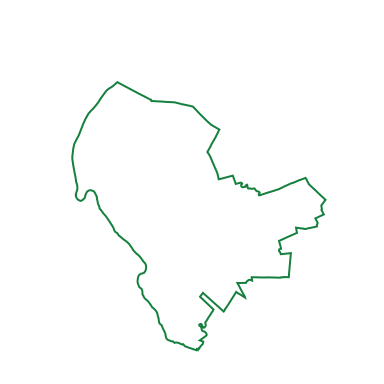 Pecica, Arad, Romania (Robinson projection), rotated 55°
{"feature_id": "2599482B59878400155877", "entity_name": "Pecica", "entity_type": "district", "adm_level": 2, "iso_a3": "ROU", "parent_name": "Romania", "parent_adm1": "Arad", "projection": "robinson", "projection_center": [21.086, 46.219], "detail": "fine", "context": "isolated", "style": "outline", "palette": "green", "viewbox_px": 384, "rotation_deg": 55, "n_neighbors": 0, "source": "geoboundaries", "source_scale": "gbopen_adm2", "svg_char_len": 6015}
<svg xmlns="http://www.w3.org/2000/svg" viewBox="0 0 384 384"><g transform="rotate(55 192 192)"><path d="M221.2,271.7L223.5,271.3L225.1,271.6L227.1,272.5L229.0,274.2L230.1,275.8L230.7,277.9L229.6,281.1L229.7,282.9L230.3,284.3L231.9,286.1L234.0,287.9L235.8,288.8L239.5,289.7L240.5,289.5L241.6,289.1L242.9,288.9L243.9,289.2L245.4,289.9L247.4,291.3L249.1,291.3L250.4,291.7L251.9,291.7L252.5,291.6L256.3,290.7L259.2,290.6L261.1,290.6L264.1,290.7L265.1,290.2L268.5,289.7L271.1,289.9L272.2,290.3L274.6,291.4L275.4,291.5L276.2,291.8L276.9,292.2L278.6,293.1L280.5,293.9L282.0,293.8L283.9,293.3L286.3,293.9L287.9,294.3L289.9,294.5L292.0,294.9L293.1,295.2L294.1,295.8L296.1,296.7L297.6,296.9L298.8,296.8L301.0,295.5L302.9,294.2L303.5,293.2L305.5,292.9L306.2,291.2L308.1,289.4L310.2,288.3L311.8,287.0L310.7,286.7L314.3,286.2L316.9,284.5L324.2,279.1L323.5,278.3L324.8,277.8L323.8,276.4L324.4,275.9L323.9,275.3L323.8,274.5L323.3,273.7L322.7,270.4L321.0,268.6L318.0,270.7L317.9,263.1L317.6,262.1L317.5,261.9L317.0,261.7L316.3,261.5L315.5,261.4L314.9,261.5L313.9,261.6L313.6,261.8L312.2,262.9L311.8,263.1L311.5,263.2L311.1,263.2L310.7,263.1L309.5,262.6L309.3,262.3L309.1,262.2L307.8,262.1L307.2,262.1L306.4,262.3L305.7,262.7L304.9,262.2L304.8,261.8L304.8,260.9L305.3,260.2L305.8,260.1L306.3,260.2L307.4,260.3L308.5,260.5L309.5,260.4L309.6,260.2L309.9,260.1L310.1,259.6L310.0,259.3L310.0,258.9L309.6,257.9L309.4,257.5L307.9,256.5L307.6,256.5L307.0,256.3L306.7,256.1L306.4,255.6L305.9,254.5L305.9,254.1L305.1,252.4L304.8,251.8L303.4,248.3L303.4,248.1L302.8,246.7L302.5,246.4L301.7,244.1L301.7,243.7L301.4,243.5L301.2,243.0L300.5,241.8L282.4,245.5L280.9,240.9L308.1,234.6L307.7,233.4L307.5,233.0L307.0,232.4L306.2,230.0L305.0,226.8L300.9,217.1L299.2,213.1L301.2,212.5L302.2,211.9L304.3,211.0L309.0,209.1L308.1,208.8L299.2,207.8L295.6,207.3L292.6,207.0L293.6,205.6L296.2,201.6L297.4,200.0L296.7,198.6L296.6,197.2L296.6,196.0L297.3,194.7L299.1,193.6L296.1,192.0L297.8,189.5L299.1,187.8L301.2,185.0L305.0,179.7L305.0,179.4L313.0,168.6L312.9,168.1L313.8,166.8L314.0,166.5L314.0,166.0L315.0,164.8L315.0,164.7L317.3,161.6L315.1,159.8L312.0,157.2L301.9,148.7L298.8,146.1L296.6,150.0L295.2,152.6L293.9,154.9L291.6,154.3L290.3,154.6L289.9,154.4L289.0,153.3L289.6,151.6L287.7,150.8L282.0,148.8L283.7,139.5L285.0,133.0L285.7,129.5L280.9,127.2L286.0,121.8L285.9,121.7L287.4,120.4L287.6,119.6L290.9,111.9L291.9,109.3L291.1,108.9L290.4,108.3L289.3,106.7L284.4,106.1L286.0,96.9L281.1,96.3L281.1,95.8L278.4,94.4L277.2,93.8L276.3,91.0L276.1,90.5L275.0,87.1L272.2,87.7L270.5,88.1L268.6,88.5L266.6,88.9L264.7,89.3L262.4,89.7L258.4,90.6L254.5,91.4L253.4,91.6L252.6,91.8L251.0,91.5L249.1,91.3L247.4,91.0L245.6,90.9L245.5,91.3L245.2,92.6L244.8,93.9L243.4,99.2L243.3,100.1L242.8,102.5L242.6,103.4L242.4,104.2L242.3,104.7L242.2,104.9L241.9,105.2L241.3,108.5L240.7,111.7L240.3,113.7L240.1,115.7L239.7,117.7L239.4,119.7L239.2,120.2L237.4,126.0L236.8,127.9L236.7,128.4L236.4,128.8L233.5,138.6L233.2,138.9L232.6,138.8L232.3,138.7L232.1,138.6L232.0,138.4L231.7,137.5L231.4,137.0L230.7,136.9L230.2,137.1L229.7,137.4L228.7,138.2L228.2,138.5L227.8,138.7L227.6,138.7L225.9,138.8L225.2,138.8L224.9,138.8L224.6,139.2L223.8,141.0L223.3,141.7L222.2,142.5L221.6,143.8L221.4,143.9L221.2,144.0L219.7,143.7L219.4,143.5L218.1,142.7L217.6,142.7L217.5,143.1L217.5,143.5L217.5,143.8L218.0,144.4L217.8,144.9L217.8,145.1L217.9,145.3L217.9,145.5L218.2,145.6L217.2,147.7L217.1,147.9L216.4,148.2L215.8,148.3L215.4,148.3L215.0,148.0L214.7,147.9L214.5,147.6L214.4,147.6L214.2,147.0L214.1,146.3L214.0,146.2L213.8,146.0L213.3,146.1L212.2,146.8L211.5,148.9L210.8,150.6L210.5,151.5L205.8,150.2L202.8,149.4L202.0,149.2L201.3,151.1L200.6,152.9L200.1,154.4L199.3,156.5L198.7,158.1L198.2,159.7L197.5,161.2L196.9,162.8L195.2,162.1L194.1,161.6L190.9,160.4L186.2,159.4L184.5,159.1L181.4,158.4L179.5,158.1L176.6,157.4L173.5,156.8L172.1,156.6L170.9,156.5L169.8,156.5L168.8,156.5L168.1,156.5L167.3,155.0L167.0,154.3L166.7,153.6L166.1,152.4L165.6,151.2L164.9,150.1L164.1,148.6L162.4,145.0L160.5,141.0L159.4,139.1L158.5,137.3L157.5,135.6L156.6,133.8L152.6,135.6L150.9,136.4L148.0,137.7L147.6,137.8L143.0,138.9L141.4,139.2L133.8,140.6L130.7,141.1L127.6,141.5L124.4,142.0L122.5,142.3L118.9,145.5L117.3,147.0L114.2,150.0L111.1,152.6L108.6,154.8L107.1,156.7L104.1,160.6L99.5,166.2L97.5,168.9L95.8,170.9L94.2,173.1L92.9,172.7L92.7,173.0L90.7,174.0L86.2,176.3L81.0,179.1L59.2,190.2L59.4,191.8L59.6,193.3L59.8,195.4L59.9,198.3L59.7,199.4L59.7,199.9L59.7,202.8L59.8,203.4L60.2,205.1L60.7,206.4L61.7,209.3L62.6,212.0L64.0,215.4L64.8,217.4L65.8,220.5L66.8,224.4L67.6,228.5L68.4,231.8L71.2,237.7L72.0,238.9L73.2,241.1L74.0,242.3L78.6,249.2L80.6,252.2L81.5,253.9L82.9,256.8L85.2,261.0L88.7,264.7L94.9,270.2L96.9,271.4L102.3,274.1L108.1,276.8L112.1,278.5L117.0,280.9L117.5,281.3L118.2,281.3L119.2,281.6L120.1,282.0L120.7,282.2L121.8,282.9L122.5,283.2L123.8,284.2L124.6,285.1L125.0,285.5L125.5,286.3L125.9,286.9L126.4,287.4L127.1,287.9L127.1,288.4L127.7,288.8L128.3,288.9L128.4,289.2L128.7,289.5L129.2,289.6L129.9,289.8L130.7,289.9L131.4,289.9L132.1,289.9L133.3,289.7L133.9,289.2L134.3,289.1L134.9,288.8L135.3,288.5L135.6,287.9L135.6,287.3L135.7,286.7L135.8,286.3L135.6,284.6L135.5,283.9L135.2,283.2L134.6,282.4L133.4,281.1L132.4,279.4L131.7,278.1L131.5,277.0L131.6,276.0L131.7,275.3L132.3,274.1L133.2,273.3L134.4,272.5L135.5,272.0L136.3,272.0L137.2,272.0L138.4,272.3L140.7,272.5L140.9,272.8L141.5,272.8L143.0,273.7L145.2,274.6L146.9,275.4L148.4,275.9L150.2,276.2L151.9,276.8L152.2,277.1L153.3,277.2L153.9,277.0L155.1,276.9L158.4,276.9L161.8,276.5L164.3,276.4L166.3,276.5L168.4,276.5L173.7,276.7L175.8,276.8L178.4,277.5L178.9,277.7L180.1,277.7L180.9,277.7L181.7,277.3L182.6,276.8L183.6,276.9L185.5,276.9L186.9,276.6L187.4,276.2L187.9,276.2L191.8,275.2L194.1,274.3L196.3,273.7L198.6,273.3L199.8,273.3L201.9,273.3L202.3,273.3L202.8,273.3L203.7,273.3L205.2,273.4L206.5,273.5L208.6,273.2L209.9,273.0L211.1,272.7L212.3,272.3L213.2,272.0L216.8,271.7L221.2,271.7Z" fill="none" stroke="#15803d" stroke-width="2"/></g></svg>